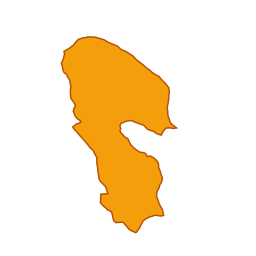 Kabba/Bunu, Kogi, Nigeria (Natural Earth projection), rotated 339°
{"feature_id": "59680162B92155854422456", "entity_name": "Kabba/Bunu", "entity_type": "district", "adm_level": 2, "iso_a3": "NGA", "parent_name": "Nigeria", "parent_adm1": "Kogi", "projection": "natural_earth1", "projection_center": [6.213, 8.074], "detail": "fine", "context": "isolated", "style": "filled", "palette": "amber", "viewbox_px": 256, "rotation_deg": 339, "n_neighbors": 0, "source": "geoboundaries", "source_scale": "gbopen_adm2", "svg_char_len": 2425}
<svg xmlns="http://www.w3.org/2000/svg" viewBox="0 0 256 256"><g transform="rotate(339 128 128)"><path d="M89.0,43.7L88.9,46.6L88.1,49.9L88.0,52.0L88.3,53.5L90.0,56.0L89.8,58.7L90.5,60.4L90.5,62.2L90.5,63.5L89.6,67.9L89.2,69.6L87.8,71.9L86.9,74.4L86.3,76.2L85.8,77.9L85.4,79.0L85.4,80.2L86.5,84.0L86.9,87.1L86.9,88.4L84.7,90.2L82.9,92.8L82.9,95.4L82.9,97.4L83.6,100.3L85.8,103.8L86.5,105.1L84.9,105.9L83.6,105.9L81.5,105.7L79.1,106.5L78.4,106.8L77.3,107.0L76.7,107.2L76.9,108.1L77.2,109.7L79.1,113.9L80.0,117.0L82.0,122.0L83.1,125.1L84.7,129.5L85.4,132.5L87.4,136.2L87.8,140.8L87.9,141.4L88.3,143.7L87.6,146.2L86.2,150.0L85.3,154.8L84.6,156.8L84.4,157.5L83.5,162.3L83.1,163.6L82.7,164.8L83.1,168.0L86.1,174.9L85.9,179.2L85.6,182.1L78.9,180.0L78.6,180.9L78.1,182.1L77.0,184.7L75.5,187.8L77.2,192.4L77.5,192.8L78.4,194.4L79.9,197.6L80.9,198.3L81.3,198.8L82.6,200.9L81.4,209.3L82.6,211.9L89.7,214.1L90.2,215.8L91.6,219.4L92.1,221.2L92.5,222.7L94.4,225.2L96.8,227.5L97.8,228.5L98.9,228.2L100.4,226.9L102.3,226.0L106.0,222.5L108.9,220.2L111.9,219.2L115.8,218.8L122.5,219.2L124.8,220.7L128.0,222.3L130.0,222.3L130.4,219.7L130.6,218.7L130.9,216.4L130.2,212.4L130.0,210.3L130.2,204.6L130.0,202.7L130.9,200.4L132.1,198.0L135.9,194.7L136.9,193.1L137.2,192.6L140.0,190.4L140.5,189.7L142.2,187.1L142.2,184.1L142.6,178.9L142.4,175.8L143.1,174.1L143.7,171.8L143.1,168.5L141.4,165.2L139.0,162.3L137.4,161.9L135.7,161.4L135.5,158.8L134.3,156.9L132.7,156.0L130.4,154.8L128.2,151.9L125.8,147.7L124.5,144.1L124.3,141.6L124.1,138.2L123.3,137.1L121.7,135.2L121.1,133.5L119.5,129.3L119.7,127.4L120.9,126.2L121.1,124.3L121.5,122.4L123.5,121.2L126.4,121.0L130.0,121.2L134.1,122.4L135.9,124.3L139.6,127.6L143.7,131.2L145.7,136.1L147.9,138.2L150.4,139.9L151.6,142.0L154.2,144.9L156.5,146.5L159.3,144.0L163.2,141.7L167.1,142.8L170.0,144.6L173.4,145.3L170.5,140.8L169.3,137.8L169.7,134.2L169.7,130.7L170.9,127.1L171.9,122.9L174.8,118.4L176.8,114.6L177.8,111.8L178.1,111.4L179.4,109.7L180.5,104.9L179.4,101.4L178.4,98.6L177.2,96.2L175.4,91.0L172.7,87.9L170.3,84.6L168.9,81.6L166.8,78.5L164.6,74.2L162.0,70.0L159.9,66.5L159.1,64.1L158.6,63.1L158.3,62.4L157.1,60.8L156.1,59.4L154.4,57.0L151.8,54.2L150.4,53.2L149.1,50.9L147.3,47.6L142.8,43.3L140.2,40.9L137.1,36.9L130.0,31.5L124.1,28.9L120.3,28.2L118.2,27.7L113.4,27.5L110.3,28.9L106.9,31.0L101.2,32.7L95.7,33.5L95.3,36.1L92.3,40.5L89.0,43.7Z" fill="#f59e0b" stroke="#b45309" stroke-width="1.5"/></g></svg>